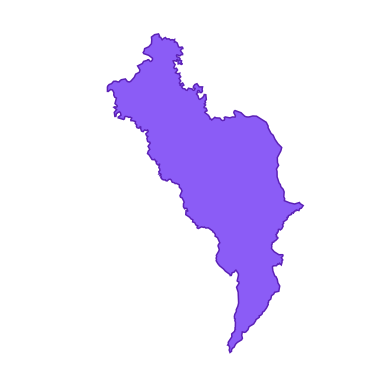 Samaniego, Nariño, Colombia, rotated 21°
{"feature_id": "7082276B98763994729952", "entity_name": "Samaniego", "entity_type": "district", "adm_level": 2, "iso_a3": "COL", "parent_name": "Colombia", "parent_adm1": "Nariño", "projection": "albers", "projection_center": [-77.707, 1.393], "detail": "fine", "context": "isolated", "style": "filled", "palette": "violet", "viewbox_px": 384, "rotation_deg": 21, "n_neighbors": 0, "source": "geoboundaries", "source_scale": "gbopen_adm2", "svg_char_len": 5996}
<svg xmlns="http://www.w3.org/2000/svg" viewBox="0 0 384 384"><g transform="rotate(21 192 192)"><path d="M308.6,253.6L307.6,248.3L304.7,246.0L302.9,243.0L300.8,241.0L299.3,240.7L295.8,236.7L293.9,233.1L294.4,231.8L297.3,230.5L297.9,228.3L298.9,228.4L299.2,227.2L301.5,228.1L301.2,225.1L300.6,223.9L301.1,222.9L298.9,221.3L299.7,219.5L299.6,218.3L298.9,218.1L295.6,219.4L290.1,218.3L286.5,216.3L286.0,214.2L285.2,212.8L285.5,212.0L285.0,210.3L286.3,209.5L286.4,208.4L287.4,207.5L288.7,204.4L288.4,203.7L286.8,203.5L286.8,202.7L285.7,201.7L286.4,200.1L286.0,199.3L286.7,198.5L286.1,196.0L286.9,195.5L288.0,195.8L289.0,194.2L289.3,191.2L288.2,190.1L288.8,188.4L288.0,187.2L290.5,183.6L290.4,181.9L289.9,181.6L290.8,180.8L290.5,179.5L292.9,177.3L292.5,176.4L293.0,175.5L294.2,175.4L294.0,174.3L294.6,174.0L294.8,172.9L295.8,172.3L295.8,171.4L298.5,171.0L298.6,168.9L299.9,167.9L300.7,164.8L297.1,164.1L296.1,163.3L292.1,166.4L287.1,167.1L281.3,167.0L280.9,165.0L279.4,163.6L278.0,158.9L276.1,156.8L273.0,155.2L271.8,153.4L270.0,152.3L266.0,147.3L264.1,142.5L262.6,140.3L263.3,136.0L261.3,134.0L259.3,129.3L260.2,121.7L259.8,118.3L254.9,116.1L250.6,113.1L247.4,109.9L244.8,109.0L240.0,104.7L239.4,103.1L236.3,100.3L225.1,98.1L221.6,99.2L218.2,101.6L216.2,102.3L214.1,102.4L209.4,100.4L203.0,100.5L202.4,101.5L202.6,103.0L205.3,105.4L205.3,106.7L202.9,107.4L200.8,109.2L196.2,110.0L195.4,110.9L196.3,112.0L196.4,113.3L195.1,114.3L193.8,114.3L191.5,113.0L187.8,114.2L186.6,114.0L184.6,117.7L183.3,117.0L182.6,117.3L181.9,116.1L179.8,114.5L175.4,113.2L175.7,111.7L176.8,111.2L176.9,110.6L175.1,108.7L173.0,108.9L172.8,108.0L173.5,105.9L171.9,105.3L172.7,103.8L171.6,102.6L172.3,100.6L170.0,96.2L168.5,96.6L168.6,98.1L168.0,100.2L166.2,102.7L164.9,102.5L163.0,99.9L161.1,99.0L161.0,98.3L162.0,97.0L161.1,96.4L161.3,95.1L162.2,94.8L164.0,96.3L165.3,95.7L165.6,94.0L164.7,92.7L164.2,90.1L161.1,91.3L157.8,89.1L156.2,90.6L155.5,92.8L156.0,94.4L157.8,94.2L157.7,95.9L156.8,96.6L154.8,95.8L151.5,96.4L151.0,98.9L149.9,99.0L148.3,98.2L146.5,98.7L145.1,98.0L144.8,96.9L146.1,95.1L144.2,93.6L142.8,95.2L143.2,96.6L142.6,96.6L142.2,95.4L141.1,94.8L141.7,92.4L139.2,90.6L140.2,88.5L138.2,87.1L138.0,85.5L136.3,86.7L133.8,86.6L134.8,83.3L133.1,82.0L131.7,83.0L130.4,82.5L130.6,79.0L129.1,78.3L127.4,76.4L128.4,75.7L130.6,75.5L130.4,74.0L130.9,73.4L131.6,73.8L133.2,77.4L134.8,76.3L136.2,76.8L136.9,76.2L136.8,75.7L135.7,75.5L135.2,73.2L133.2,73.4L133.2,72.0L132.4,71.4L131.3,71.0L129.3,71.2L128.5,69.9L128.8,69.3L131.9,69.2L132.7,67.8L134.0,67.1L133.7,66.2L130.6,64.3L130.9,62.2L132.1,61.4L131.4,60.4L130.7,60.2L128.8,61.4L127.4,61.3L124.8,58.2L122.9,57.7L121.9,58.3L121.1,55.8L120.2,56.8L118.8,56.8L117.6,57.8L115.7,57.2L113.5,58.2L111.8,57.3L110.6,58.6L109.6,60.6L107.3,58.8L105.8,58.9L105.5,57.6L104.1,56.4L100.7,58.5L98.6,61.9L99.9,64.4L101.0,68.1L99.6,71.9L96.4,75.1L96.8,77.6L96.4,79.3L97.4,80.1L102.6,79.9L107.2,81.3L107.7,82.7L107.1,84.6L106.3,85.1L104.1,84.0L103.3,84.4L102.9,85.2L100.0,87.4L99.6,89.9L96.0,93.8L99.7,96.7L99.9,99.1L97.2,102.1L97.0,105.7L95.1,110.6L94.0,111.8L92.1,112.0L89.3,110.3L85.8,112.5L84.9,113.8L84.6,115.2L83.2,115.8L81.3,115.8L79.1,116.8L78.1,119.6L76.1,121.4L75.4,123.2L75.4,124.3L77.0,128.4L77.8,128.1L79.3,125.5L81.2,125.3L83.5,127.3L84.2,129.5L85.9,131.2L87.8,131.4L88.4,137.1L91.2,138.2L91.5,138.7L91.2,139.7L89.2,140.2L88.6,140.9L92.1,142.1L90.9,145.5L92.9,149.1L93.8,148.7L93.4,146.0L94.5,144.2L95.7,143.1L96.7,143.6L98.2,145.7L96.3,148.4L96.5,149.2L102.2,148.8L102.7,147.9L102.3,146.4L102.6,145.4L104.5,144.8L106.2,145.0L107.5,144.2L109.2,144.5L109.0,146.6L109.4,147.3L111.1,146.7L114.0,146.5L114.4,148.3L116.3,149.2L116.6,150.7L117.6,151.6L119.1,151.6L120.0,151.0L120.2,149.6L120.9,149.7L121.2,151.0L123.0,153.2L124.7,153.2L125.5,151.1L127.6,150.9L128.3,150.0L128.7,150.2L129.4,151.4L128.0,154.3L129.6,155.9L130.8,155.9L130.7,158.2L132.4,160.6L133.4,160.9L134.7,160.6L135.5,161.4L134.6,165.1L137.3,167.3L136.5,169.5L136.7,172.1L138.6,172.7L143.0,176.0L144.3,175.8L145.4,174.9L146.9,176.2L147.9,176.1L147.7,176.7L148.7,178.3L150.3,178.9L151.0,178.9L151.5,177.7L151.8,177.7L152.3,181.1L153.6,182.0L154.3,183.4L153.7,185.0L154.8,186.2L154.7,186.9L155.9,186.2L156.7,186.6L156.2,188.3L157.4,188.3L158.0,189.2L157.8,189.8L159.8,190.9L161.7,190.8L162.7,190.2L163.6,190.8L164.8,190.6L165.9,188.5L167.1,187.9L168.2,188.2L170.0,189.9L172.4,189.7L173.2,190.2L174.4,189.6L177.5,189.8L178.5,192.1L180.6,193.0L182.3,194.6L182.1,199.8L183.2,201.0L184.8,201.0L187.6,203.5L188.4,204.5L188.2,205.9L189.3,208.9L191.1,210.3L192.1,209.3L193.1,209.2L194.8,211.2L194.5,211.5L193.7,211.1L193.1,211.5L194.3,215.4L198.9,216.4L200.7,217.5L202.7,217.6L203.3,219.7L205.5,219.6L207.5,221.4L209.5,221.5L209.3,223.0L209.8,223.7L211.0,223.8L213.4,221.1L215.5,220.9L216.1,220.3L217.8,220.7L220.0,219.6L225.4,221.0L225.7,221.7L226.9,221.8L228.7,223.0L229.3,223.8L229.3,224.9L232.2,225.5L236.2,229.5L235.5,231.5L235.6,233.0L238.0,235.8L238.2,237.5L237.4,242.4L238.2,243.6L238.2,245.1L239.0,246.0L239.2,247.5L241.8,249.6L244.2,251.0L248.9,252.5L251.5,253.9L257.0,255.4L257.6,256.3L258.6,255.8L258.4,253.0L260.2,251.5L260.7,249.4L261.1,249.2L264.6,251.7L265.3,253.5L266.0,258.8L266.5,259.2L267.8,259.1L268.6,260.3L267.7,264.9L271.0,269.0L275.3,279.0L275.7,282.1L275.5,286.1L276.2,287.6L275.8,290.8L276.1,292.9L277.1,295.0L277.9,295.1L278.1,296.7L279.2,298.0L280.9,302.7L280.8,303.6L281.7,304.5L281.4,305.6L281.7,306.7L279.9,310.3L281.1,312.9L279.7,319.3L280.4,320.9L280.1,322.1L281.2,322.1L282.3,322.9L283.1,324.3L283.3,326.2L285.0,328.2L286.0,326.5L285.4,325.0L286.0,323.0L286.9,321.9L287.2,318.5L288.2,316.2L291.3,312.2L291.5,310.5L289.8,308.0L289.1,304.6L291.4,304.2L292.4,303.4L293.6,300.5L293.5,297.3L296.8,293.1L297.6,289.2L297.4,288.2L299.6,285.1L299.7,284.5L299.1,283.5L300.3,282.5L301.2,280.6L300.9,279.0L302.1,277.3L303.1,273.6L303.5,269.6L302.7,268.4L303.0,267.4L302.5,266.2L303.9,263.8L303.4,260.2L304.8,258.2L305.1,256.0L308.6,253.6Z" fill="#8b5cf6" stroke="#5b21b6" stroke-width="1.5"/></g></svg>